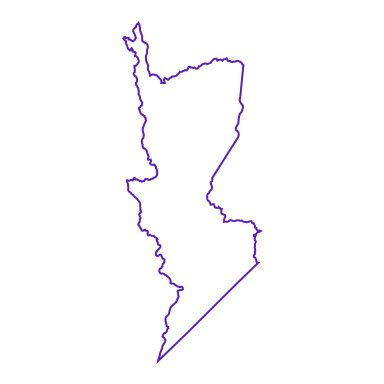 Curionópolis, Pará, Brazil (Natural Earth projection)
{"feature_id": "56859067B21950547487547", "entity_name": "Curionópolis", "entity_type": "district", "adm_level": 2, "iso_a3": "BRA", "parent_name": "Brazil", "parent_adm1": "Pará", "projection": "natural_earth1", "projection_center": [-49.678, -6.25], "detail": "fine", "context": "isolated", "style": "outline", "palette": "violet", "viewbox_px": 384, "rotation_deg": 0, "n_neighbors": 0, "source": "geoboundaries", "source_scale": "gbopen_adm2", "svg_char_len": 5962}
<svg xmlns="http://www.w3.org/2000/svg" viewBox="0 0 384 384"><path d="M158.1,361.0L187.3,332.8L237.5,282.9L258.2,262.8L257.0,262.6L256.4,261.5L256.2,259.9L255.6,258.5L254.8,257.5L253.7,256.8L253.8,255.4L255.2,253.5L254.8,252.0L255.3,250.4L254.7,247.1L255.0,245.8L254.8,244.3L255.9,241.6L254.9,240.2L254.7,238.8L255.0,236.8L253.8,236.1L254.1,234.8L255.2,234.5L256.0,235.0L256.3,234.0L256.8,232.9L257.9,232.1L259.5,231.8L260.7,231.1L259.5,230.6L257.9,230.7L256.9,230.0L256.4,229.0L256.3,227.8L255.1,227.5L254.8,225.6L254.2,224.5L253.7,223.2L252.3,223.1L251.4,221.3L250.2,221.2L246.9,222.3L243.2,221.6L241.8,220.6L239.9,220.7L238.4,220.2L236.2,220.5L234.9,221.1L233.8,221.1L232.5,220.8L231.1,220.2L230.0,220.3L228.4,221.4L227.1,221.8L225.9,221.6L224.1,221.9L224.0,220.3L224.5,218.1L225.4,216.6L224.9,215.1L223.5,214.3L222.2,214.0L221.3,212.7L221.3,210.7L221.8,208.9L220.2,208.8L219.6,207.8L218.6,206.9L217.8,208.2L216.5,207.7L215.5,207.6L214.7,207.1L214.3,205.3L213.7,204.1L210.5,204.7L210.1,202.9L209.1,201.3L207.9,200.5L207.3,199.2L207.2,195.4L207.9,193.7L209.2,192.9L209.6,191.4L211.7,189.2L212.1,187.0L211.1,184.5L210.6,182.4L212.2,180.9L212.4,179.4L212.1,178.2L238.4,136.7L238.7,134.9L238.6,133.0L237.6,131.2L236.0,129.9L235.7,128.7L236.1,127.2L238.3,123.4L238.7,118.9L239.2,116.3L239.8,113.8L241.6,111.9L243.1,107.3L242.8,105.4L241.7,104.2L240.5,102.6L239.6,100.1L240.1,98.4L243.4,65.1L242.4,64.5L242.0,63.4L241.0,62.4L240.1,61.7L238.8,61.3L237.6,60.8L236.5,60.9L235.3,61.5L234.4,61.7L233.3,61.7L232.2,62.1L231.0,61.7L230.1,61.0L228.6,61.0L227.7,60.7L226.7,58.3L225.2,59.2L223.9,59.2L222.4,60.8L221.7,60.1L220.7,59.6L219.2,59.9L217.4,60.7L216.4,58.7L214.2,58.9L213.0,59.8L211.2,61.8L210.8,62.7L208.4,63.7L207.2,63.9L204.6,63.4L203.8,63.9L202.6,64.2L200.2,66.2L198.9,66.2L198.4,67.5L197.5,68.4L196.2,68.7L194.3,67.5L193.2,68.0L192.1,67.4L190.8,67.6L190.0,66.7L188.4,67.2L188.0,68.4L187.4,69.5L186.5,70.4L185.3,70.1L182.0,71.6L180.8,71.9L179.9,71.8L178.5,73.8L177.5,74.3L176.5,75.6L175.3,76.2L172.2,76.5L171.0,77.5L169.7,78.3L168.0,79.8L164.9,78.0L164.0,79.5L164.2,80.9L164.7,83.0L161.3,83.0L161.6,81.3L160.6,79.5L159.3,77.9L156.6,75.1L155.3,75.2L153.4,74.4L151.6,74.8L150.1,75.7L149.3,72.2L148.1,69.9L147.8,68.1L148.3,65.6L147.3,63.7L146.0,60.3L146.0,59.0L145.8,56.5L146.3,54.8L147.2,52.7L146.9,51.3L147.2,49.6L147.9,47.4L147.6,45.3L147.2,44.4L146.4,43.4L144.4,42.6L142.3,41.0L142.1,38.8L142.2,36.1L140.6,32.1L140.1,30.2L139.9,28.9L140.1,27.7L139.6,26.6L139.5,25.2L138.5,23.0L137.7,23.7L136.3,25.2L136.0,26.9L134.2,28.5L133.3,29.7L133.1,31.2L134.7,34.4L135.5,36.6L135.8,38.1L134.5,40.1L133.1,41.3L131.4,40.7L130.5,39.5L128.7,39.5L128.6,37.8L125.9,38.2L125.0,36.9L124.1,37.2L123.3,38.5L124.6,40.1L126.1,41.3L126.0,42.6L126.3,44.4L127.1,45.6L127.9,48.4L129.7,50.5L130.8,50.4L130.8,49.2L131.7,48.2L132.7,49.8L133.1,51.8L134.6,51.8L135.6,52.6L135.4,54.8L135.0,56.1L136.5,56.5L137.9,58.0L138.2,59.3L138.9,61.0L138.5,62.4L137.0,64.5L135.4,66.0L134.4,65.9L134.4,67.0L134.8,69.3L134.8,71.1L134.7,72.2L133.8,73.2L133.7,74.3L134.9,76.0L135.8,76.3L137.0,78.7L137.1,80.7L136.8,81.7L135.9,83.0L135.8,84.5L137.1,86.0L137.4,87.1L138.1,88.0L138.8,91.1L138.6,93.1L138.8,94.7L139.8,96.2L140.2,99.1L140.8,100.5L142.3,102.8L141.7,105.7L140.7,106.0L140.1,107.1L139.1,107.8L138.8,108.8L139.5,109.9L139.8,111.2L140.8,113.6L141.8,114.6L142.8,114.8L143.7,115.7L144.6,116.0L144.6,117.1L145.7,118.2L145.6,119.4L146.1,120.8L144.8,122.9L143.7,125.8L143.4,127.0L142.7,128.5L142.7,130.3L143.8,134.8L143.4,137.9L142.3,139.2L141.8,141.0L141.9,142.9L142.7,144.6L142.5,146.0L143.3,148.0L145.5,149.1L146.3,150.0L146.9,151.4L147.3,153.3L148.6,156.7L148.2,157.8L148.0,159.6L149.2,159.7L150.7,159.6L151.2,161.1L150.5,162.2L150.0,163.5L151.0,164.6L153.2,164.8L154.3,164.6L155.9,166.6L156.0,167.8L156.6,169.0L157.2,171.7L157.2,174.0L156.9,175.4L156.2,176.4L155.4,177.1L154.4,177.6L153.4,177.9L152.6,178.7L151.5,178.9L149.6,180.0L148.4,179.9L147.5,179.1L146.5,179.0L145.3,179.2L144.0,181.0L141.7,181.6L140.7,180.9L139.7,181.1L138.8,180.3L136.7,179.2L135.8,179.6L135.0,179.0L134.7,177.9L133.7,178.2L132.6,180.4L131.6,180.0L130.6,180.0L129.4,180.7L128.3,180.7L127.1,180.3L127.0,181.4L127.9,183.8L128.4,188.0L128.1,189.1L128.2,190.2L128.7,191.3L130.7,192.7L131.3,193.9L133.3,195.2L135.0,197.2L135.8,197.6L136.5,198.5L137.3,199.1L137.9,200.1L139.3,201.7L139.9,202.7L140.2,204.9L140.1,206.3L140.4,207.7L140.3,209.0L140.3,210.1L140.9,210.9L141.1,212.0L140.6,212.8L139.8,213.4L139.2,214.5L139.6,215.6L140.2,217.0L140.5,218.0L139.8,219.4L139.9,220.8L139.5,222.1L138.2,224.3L138.7,225.4L139.5,226.1L140.1,227.2L140.5,228.4L141.2,229.3L141.7,230.3L142.6,230.8L145.0,229.8L145.7,230.7L146.7,230.7L147.7,231.3L147.9,232.3L147.6,233.4L147.8,234.5L148.3,235.4L149.4,235.1L150.3,235.1L151.2,235.6L153.6,235.9L155.1,237.3L156.1,237.6L156.9,238.4L157.5,239.4L156.6,239.9L156.9,241.2L157.6,242.1L158.2,244.6L160.2,245.3L160.5,246.5L160.0,247.6L159.1,248.8L158.3,249.4L156.0,252.5L155.9,253.9L156.1,255.1L157.0,255.9L158.0,256.2L158.8,255.3L159.7,254.7L160.7,254.7L161.4,255.4L161.6,256.4L162.8,258.7L163.7,259.0L164.5,259.8L164.5,261.1L164.3,262.2L163.5,263.4L162.7,264.0L162.5,265.3L162.5,266.3L161.7,267.0L161.3,268.1L160.3,268.5L159.4,269.4L159.3,270.8L159.5,271.9L160.0,273.0L161.0,273.7L162.3,273.4L163.7,273.7L164.7,274.8L165.8,275.1L168.8,277.5L170.1,279.4L170.6,280.7L170.4,283.0L171.3,283.6L172.6,283.5L173.6,283.6L175.8,285.3L177.6,286.5L179.8,287.1L181.8,286.7L182.5,287.4L182.9,289.1L181.8,289.9L178.4,290.3L177.5,291.3L178.1,293.1L178.2,294.9L178.7,296.6L177.9,298.4L175.8,302.6L172.9,305.0L170.5,307.6L169.6,310.7L169.2,313.1L168.6,314.3L167.7,315.5L166.1,317.0L165.6,318.2L165.5,319.4L165.6,321.0L166.7,326.2L168.0,326.8L168.5,328.1L167.5,328.7L166.5,332.1L165.1,333.1L163.9,333.4L163.2,334.7L162.5,336.6L164.7,338.4L165.4,340.5L165.0,342.0L162.8,345.3L162.3,346.7L162.1,348.6L161.3,350.2L160.1,353.3L159.6,356.0L159.1,357.5L158.6,358.6L158.1,361.0Z" fill="none" stroke="#5b21b6" stroke-width="2"/></svg>